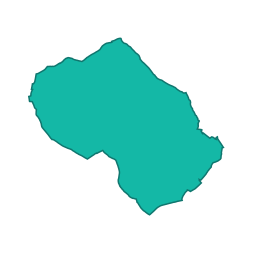 Banisor, Salaj, Romania, rotated 247°
{"feature_id": "2599482B3406770418233", "entity_name": "Banisor", "entity_type": "district", "adm_level": 2, "iso_a3": "ROU", "parent_name": "Romania", "parent_adm1": "Salaj", "projection": "mercator", "projection_center": [22.832, 47.107], "detail": "fine", "context": "isolated", "style": "filled", "palette": "teal", "viewbox_px": 256, "rotation_deg": 247, "n_neighbors": 0, "source": "geoboundaries", "source_scale": "gbopen_adm2", "svg_char_len": 5772}
<svg xmlns="http://www.w3.org/2000/svg" viewBox="0 0 256 256"><g transform="rotate(247 128 128)"><path d="M137.9,195.2L137.9,194.6L138.4,193.0L138.7,192.6L139.0,192.4L139.7,192.1L140.1,191.9L140.4,191.6L140.6,191.3L141.2,190.5L142.3,189.7L144.6,188.2L145.9,187.7L147.0,187.1L147.6,186.5L148.9,185.5L149.8,184.6L150.9,183.5L152.1,182.4L155.0,180.2L156.9,178.9L157.1,178.8L158.7,177.8L159.0,177.5L159.9,176.3L161.1,175.2L162.5,174.2L162.8,174.1L163.2,174.1L164.9,173.5L166.4,173.2L167.0,172.7L167.5,172.4L171.2,171.6L175.1,170.6L181.0,168.2L182.3,167.6L182.4,167.4L184.0,166.8L185.6,166.4L186.6,166.0L186.9,166.0L187.2,166.3L187.9,166.4L190.2,166.4L190.7,166.3L192.3,165.6L194.2,164.4L194.8,164.2L197.0,163.5L197.4,163.3L199.4,162.5L201.3,162.0L201.9,161.7L202.9,160.9L203.3,160.5L205.4,159.8L206.4,159.0L207.2,158.1L207.4,157.7L208.0,157.3L208.7,156.9L209.8,156.6L210.2,156.5L210.4,156.4L210.8,156.3L211.4,156.3L212.6,156.5L213.0,156.5L213.3,156.4L213.5,156.1L213.9,154.9L214.0,154.1L214.1,153.2L214.1,152.4L214.0,151.4L213.9,150.5L213.9,149.7L213.9,149.0L214.1,147.8L214.0,147.5L214.1,146.8L213.2,146.6L213.3,146.1L213.5,145.1L213.8,144.2L214.4,141.2L214.2,139.3L213.9,138.0L213.5,136.4L212.6,135.0L212.4,134.6L211.4,133.2L211.1,132.7L210.9,131.6L210.6,130.2L210.4,128.2L210.1,126.6L209.8,122.9L209.3,120.3L209.3,119.9L209.1,119.4L209.0,118.6L208.9,117.7L208.7,117.1L208.5,116.9L208.3,115.7L207.9,115.1L207.8,114.6L207.7,114.2L207.2,111.6L208.6,109.7L208.9,109.2L210.2,107.6L211.0,106.4L211.5,105.9L211.7,105.5L212.5,104.7L213.3,104.1L213.9,103.7L214.3,103.0L214.5,102.9L214.8,102.6L214.8,102.1L215.1,101.8L215.5,101.5L216.0,100.7L216.2,100.3L216.2,99.5L216.1,99.2L216.1,98.9L216.3,98.7L216.2,98.1L216.2,97.8L216.3,97.6L215.9,96.8L215.8,96.3L215.8,96.1L215.2,94.8L215.0,94.7L214.9,94.1L214.6,93.7L214.5,93.0L214.5,92.4L214.2,91.7L214.0,91.2L214.4,90.8L214.1,90.0L214.3,89.8L214.3,89.5L213.8,87.0L213.6,85.1L213.6,84.4L213.7,83.7L214.0,83.1L214.2,82.8L214.4,81.9L214.9,81.0L216.1,77.8L214.4,74.6L214.2,73.9L213.9,72.2L213.7,70.2L213.4,67.6L213.3,66.4L213.6,64.6L208.8,61.5L208.2,61.0L207.6,60.7L206.9,60.1L206.4,59.5L205.6,58.2L205.7,57.8L206.0,57.3L203.5,55.7L202.6,55.1L201.8,54.6L201.4,54.2L201.0,54.6L200.7,55.2L200.2,54.5L199.5,53.8L198.8,53.1L197.7,52.2L197.3,52.0L195.6,51.1L195.5,50.9L195.8,49.0L193.3,48.4L191.3,47.8L190.9,47.8L190.8,48.2L190.4,48.7L189.7,50.1L185.6,50.2L183.7,50.0L182.7,50.1L182.0,50.4L180.9,50.9L180.5,50.8L179.8,50.3L176.8,48.9L176.0,48.7L175.0,48.8L174.2,49.3L173.6,49.4L172.5,49.6L171.9,49.7L171.5,49.8L170.5,49.9L169.7,49.9L167.6,50.0L166.8,49.8L166.0,49.9L164.8,49.5L164.1,49.4L163.3,49.2L162.5,49.2L161.7,49.3L161.4,49.5L161.0,49.5L153.1,51.9L148.8,52.9L147.5,53.4L147.1,53.5L146.9,54.1L146.2,54.9L145.4,55.5L143.5,56.8L141.2,58.1L137.4,60.6L136.5,61.3L132.8,64.8L131.1,66.7L130.7,67.0L130.4,67.4L130.3,67.6L130.1,67.7L129.2,68.0L128.9,68.2L127.6,69.2L126.0,70.2L125.1,70.8L123.8,71.9L123.2,72.2L120.8,74.4L119.3,75.5L117.7,76.6L115.3,78.5L116.7,85.9L116.8,86.5L117.1,87.5L117.2,88.5L117.2,89.2L116.9,89.2L116.8,89.6L117.0,91.2L117.2,96.0L115.0,96.5L114.3,96.8L111.0,98.7L109.1,99.3L108.3,100.0L107.7,100.5L106.1,101.8L105.2,102.8L104.2,103.6L103.3,104.1L103.0,104.2L102.0,104.2L100.6,104.1L99.0,104.0L97.5,104.0L96.8,103.9L94.1,103.6L91.7,103.2L90.2,102.7L89.8,102.5L85.5,99.9L84.0,98.7L82.1,98.0L81.6,98.0L81.1,97.8L80.8,97.8L80.2,97.9L78.9,97.8L78.3,98.0L77.8,97.9L77.6,97.8L77.3,97.8L77.0,98.0L76.1,98.1L75.2,98.5L73.7,98.8L73.4,99.0L72.3,99.4L71.5,99.5L70.8,99.8L70.2,100.2L69.8,100.3L69.1,100.8L68.2,101.2L67.3,101.7L65.8,102.3L65.1,102.3L64.1,102.7L62.8,103.6L62.1,104.2L61.4,104.9L61.1,105.6L60.4,106.3L60.1,106.9L59.6,107.3L59.3,107.9L59.2,107.9L58.6,107.8L58.1,107.6L56.8,107.5L56.4,107.3L55.8,107.4L55.2,107.8L53.1,108.0L52.4,108.2L49.5,108.6L48.1,109.1L46.0,109.9L45.5,110.2L44.9,110.7L42.8,111.8L41.0,112.9L39.7,113.9L39.8,114.5L40.3,115.9L41.3,118.9L42.8,122.7L43.3,124.2L43.7,127.4L43.6,129.0L42.8,134.3L42.5,136.4L42.1,138.8L41.9,140.5L41.4,142.6L41.3,143.5L41.1,145.4L41.0,145.6L40.2,149.6L41.3,149.7L42.4,150.5L43.8,151.9L44.1,152.3L45.1,153.8L46.0,155.0L46.6,156.2L47.0,157.5L47.3,158.0L47.8,158.4L46.6,159.6L46.6,159.8L45.9,160.1L45.8,160.4L45.2,160.7L45.9,166.2L47.5,170.7L48.8,174.0L49.0,173.9L49.5,173.8L50.6,173.6L51.2,173.4L51.7,173.1L52.0,173.5L52.7,173.5L52.0,174.2L51.7,174.7L51.7,175.0L53.6,178.9L55.1,181.8L55.6,182.5L56.0,182.9L56.2,183.1L56.3,183.5L56.9,184.4L57.4,185.0L57.7,185.9L58.0,186.1L59.5,189.3L59.7,189.5L59.9,189.6L60.3,189.6L60.6,189.8L61.9,191.3L62.1,191.6L62.3,192.0L62.8,192.8L62.5,195.5L62.6,196.8L62.5,197.7L63.2,200.8L63.8,201.7L66.0,202.8L66.4,203.0L67.1,203.7L67.3,203.7L67.5,203.8L67.9,204.1L68.2,204.2L68.5,204.2L68.8,204.3L72.2,206.5L72.9,206.8L72.9,207.6L72.8,208.2L77.4,207.4L83.0,206.3L84.9,206.8L84.8,205.5L84.5,205.2L84.0,204.7L83.6,204.6L83.3,204.6L84.2,203.7L85.7,203.1L86.5,202.3L87.0,201.8L87.1,201.6L87.1,201.3L86.7,199.8L86.6,199.5L86.7,199.3L94.0,195.3L94.0,195.0L93.6,194.6L94.1,194.4L94.5,194.2L94.8,194.2L95.1,194.5L96.4,194.0L96.9,194.3L97.1,195.0L97.3,195.3L97.5,195.2L97.8,194.7L98.0,194.7L99.9,191.3L101.4,192.8L102.2,193.4L102.9,193.7L103.1,193.7L103.3,193.6L103.8,193.9L104.2,194.3L104.8,194.2L106.1,195.7L106.4,196.1L106.6,196.3L107.2,196.2L107.6,195.8L108.1,195.6L109.0,195.6L109.3,195.9L110.2,195.9L110.7,195.6L111.3,195.7L111.6,195.7L112.3,195.7L112.7,195.6L113.1,195.4L113.4,195.0L113.6,195.0L113.9,195.0L114.3,195.1L114.5,195.1L115.5,195.1L117.1,195.0L118.1,194.7L119.4,194.6L119.7,194.6L120.6,194.9L121.9,194.6L123.0,194.4L123.5,194.5L124.6,194.5L125.0,194.6L126.2,195.0L126.7,195.4L127.2,195.6L128.5,195.9L129.3,195.8L130.2,195.2L130.7,195.2L132.2,195.4L134.6,195.4L136.3,195.2L137.9,195.2Z" fill="#14b8a6" stroke="#0f766e" stroke-width="1.5"/></g></svg>